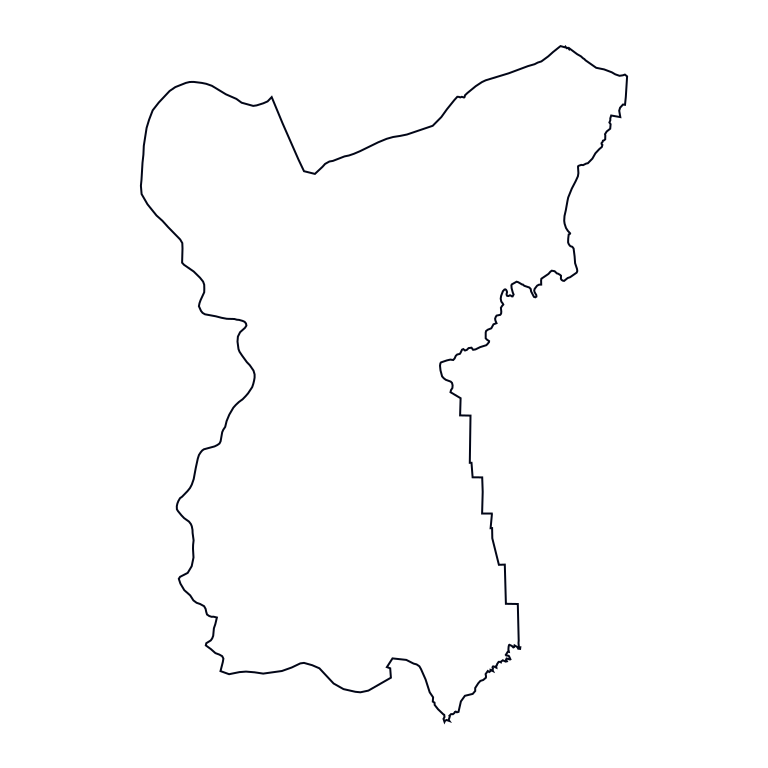 outline of Ixhuatlán del Sureste, Veracruz, Mexico
{"feature_id": "50627088B30593781264169", "entity_name": "Ixhuatlán del Sureste", "entity_type": "district", "adm_level": 2, "iso_a3": "MEX", "parent_name": "Mexico", "parent_adm1": "Veracruz", "projection": "natural_earth1", "projection_center": [-94.38, 17.981], "detail": "fine", "context": "isolated", "style": "outline", "palette": "ink", "viewbox_px": 768, "rotation_deg": 0, "n_neighbors": 0, "source": "geoboundaries", "source_scale": "gbopen_adm2", "svg_char_len": 6076}
<svg xmlns="http://www.w3.org/2000/svg" viewBox="0 0 768 768"><path d="M537.7,62.6L534.6,64.2L528.0,66.1L508.7,73.3L485.7,80.3L481.9,82.1L475.7,86.2L467.4,93.0L465.0,95.3L464.6,97.0L464.0,97.5L461.8,96.8L460.2,97.4L459.0,96.9L457.3,96.8L454.3,100.1L446.9,109.3L441.3,117.1L432.7,125.8L407.0,134.5L400.2,135.9L393.1,137.0L386.7,138.8L378.2,142.3L360.0,151.2L353.9,153.8L348.9,155.5L344.5,156.4L332.9,160.9L329.4,161.5L325.1,163.9L322.5,166.8L314.9,173.9L304.0,171.2L298.5,159.6L282.6,123.4L271.7,97.1L267.6,101.4L263.3,103.3L256.6,105.4L253.2,105.9L241.6,102.7L236.4,98.9L225.9,94.3L211.9,85.8L206.2,83.8L201.7,82.9L193.6,81.9L189.7,82.0L185.9,82.9L175.3,87.1L169.6,91.0L158.8,102.5L152.7,110.3L149.1,119.7L146.6,127.9L143.8,145.8L143.4,154.7L142.5,162.8L141.5,179.7L140.9,185.8L141.6,194.1L147.5,204.3L156.5,215.5L162.5,220.9L168.0,227.0L180.2,239.5L182.3,243.1L182.5,248.4L182.1,262.7L184.0,264.8L193.7,271.5L200.0,277.7L203.1,281.6L204.2,284.7L204.3,288.8L204.2,292.3L200.6,300.1L199.5,303.2L198.9,306.2L201.0,310.9L202.6,312.9L205.0,314.3L215.8,316.3L221.6,317.8L226.9,318.8L234.4,319.0L236.8,319.7L239.1,319.9L242.6,320.9L244.6,321.8L246.0,323.5L246.4,325.6L245.0,327.8L240.1,332.2L237.9,336.6L237.5,341.6L238.5,349.1L239.5,351.7L242.1,355.6L246.9,362.2L249.8,365.2L253.5,370.6L254.6,374.4L254.6,377.6L254.1,380.5L253.3,383.8L252.2,387.1L248.1,393.3L245.6,396.2L242.7,399.2L238.9,402.0L235.9,404.8L233.4,407.6L229.3,414.6L226.6,421.1L225.2,426.9L223.3,429.7L222.2,432.2L220.6,441.3L219.5,443.5L217.4,445.0L214.6,446.4L203.9,449.3L202.2,450.5L200.7,452.3L199.0,454.9L197.8,458.6L195.8,467.8L193.7,479.1L191.8,484.6L190.0,488.0L187.6,491.0L182.1,496.7L180.0,498.2L178.4,501.0L177.4,503.5L176.8,506.2L176.9,509.3L178.0,511.1L181.5,515.4L184.2,518.2L189.0,521.6L190.9,524.1L191.8,526.3L192.5,529.9L192.6,532.9L193.6,540.4L193.1,544.9L193.0,548.7L193.5,557.5L191.7,566.2L187.7,572.9L180.1,576.8L178.8,578.8L180.4,583.6L184.3,590.2L190.2,595.4L193.4,600.4L196.6,602.8L200.1,604.0L204.1,606.2L205.6,608.9L206.2,611.8L207.0,614.5L209.2,616.0L211.6,616.8L213.5,616.7L216.9,617.5L215.3,624.2L213.9,628.3L213.2,635.8L212.2,638.4L210.8,640.4L206.3,643.2L205.8,645.4L211.0,649.2L215.4,653.1L219.4,654.6L222.2,656.2L223.4,658.6L222.8,662.1L220.5,671.1L229.1,674.2L239.5,672.1L246.0,671.6L254.5,672.3L263.2,673.6L281.9,671.0L291.7,667.5L300.3,663.4L304.0,662.9L312.2,665.2L319.4,668.3L333.6,683.5L343.5,689.1L355.4,691.8L360.4,692.3L368.4,690.6L390.9,677.7L390.2,668.3L386.9,667.1L392.5,658.4L406.3,659.9L413.6,663.6L416.6,664.4L419.4,666.3L421.0,669.1L425.6,679.5L429.7,692.3L433.1,697.3L432.8,701.6L434.5,702.6L434.7,705.0L438.0,709.2L443.3,714.3L444.2,714.8L444.5,717.0L443.5,718.9L444.5,721.9L445.1,720.7L446.6,720.0L449.4,721.0L448.7,720.0L449.8,716.4L449.4,715.8L451.1,714.1L452.9,714.2L454.4,713.0L454.9,712.0L455.8,711.6L456.9,712.3L458.5,711.9L460.9,701.4L464.9,695.8L472.7,693.9L475.2,691.0L475.2,688.0L478.3,683.2L480.4,680.9L483.2,680.0L485.9,677.7L486.0,676.2L485.6,674.1L487.8,671.0L489.2,672.0L490.4,671.2L490.5,669.9L493.0,671.1L492.3,669.6L493.0,668.8L492.5,667.3L492.9,666.5L493.7,666.4L496.4,667.7L496.2,665.8L497.0,664.9L497.1,664.1L498.6,661.9L500.3,661.9L500.9,662.3L501.1,661.6L502.8,660.3L505.7,661.6L506.9,661.3L506.0,659.7L506.6,658.5L510.0,659.5L510.4,659.3L509.0,656.2L508.2,655.7L506.3,655.5L505.8,654.9L507.8,651.7L508.9,651.9L508.4,649.5L508.6,646.8L509.0,645.1L509.4,644.8L511.8,645.9L513.3,647.4L514.0,647.1L514.5,645.4L517.4,647.1L518.2,648.7L520.1,648.9L520.3,647.3L518.9,647.4L518.5,642.9L518.7,640.7L517.8,604.0L505.9,603.8L504.8,564.6L498.9,564.8L492.3,538.3L492.1,528.1L490.6,528.2L491.9,514.4L491.8,513.5L482.1,513.5L482.7,491.9L482.2,477.4L472.6,477.3L471.5,462.8L469.8,462.8L470.5,415.6L460.1,415.4L460.6,398.2L450.5,392.2L451.0,390.1L452.4,388.0L452.6,385.3L452.0,382.9L450.7,381.6L445.8,379.8L443.8,378.3L442.1,376.4L440.5,370.4L440.0,365.7L440.4,363.3L441.0,362.4L446.9,360.4L450.3,359.6L453.2,360.0L454.6,358.5L455.8,355.8L457.2,354.5L459.8,353.9L460.6,352.7L462.0,349.7L463.3,349.1L465.0,350.5L466.8,349.9L468.6,348.1L471.5,347.7L473.1,349.8L475.5,349.4L480.2,347.1L486.3,345.2L487.5,344.0L489.0,342.1L489.1,341.1L487.0,339.7L485.7,338.3L485.7,332.5L486.1,331.0L487.8,329.7L491.3,328.3L493.5,324.3L496.5,323.2L495.4,320.5L495.1,318.7L495.8,316.8L496.6,315.6L500.3,314.8L501.1,313.6L501.3,311.7L500.9,307.8L502.1,305.9L503.3,304.6L502.7,303.4L501.3,301.6L500.7,298.7L501.1,296.0L502.9,291.2L504.5,289.5L505.5,289.4L506.2,290.0L506.9,291.4L507.0,292.5L506.6,293.8L506.6,294.8L507.2,295.9L508.6,296.0L509.8,295.3L510.5,295.4L511.9,296.4L512.6,296.4L513.6,294.5L512.8,292.6L511.6,288.2L511.4,285.4L511.8,284.4L516.6,281.7L518.2,282.2L522.1,284.5L522.8,284.5L524.3,285.8L529.3,287.5L530.7,289.0L531.1,291.4L533.9,296.8L535.3,297.3L536.4,296.6L536.3,295.1L534.6,292.2L534.2,290.5L534.7,288.8L537.1,285.7L538.9,284.7L541.2,284.6L541.1,280.4L541.4,278.7L548.5,273.9L550.3,271.8L551.7,270.7L554.6,271.2L556.9,273.4L557.9,273.6L560.0,274.8L561.0,275.7L560.9,278.8L561.7,280.0L562.9,280.7L564.1,280.9L567.7,278.0L570.1,277.2L576.7,272.6L577.3,271.0L577.0,268.9L575.1,263.2L574.6,256.4L573.6,248.5L572.3,246.8L570.5,246.2L569.7,245.5L568.6,243.8L568.1,242.4L568.2,238.8L568.7,234.5L569.7,234.1L570.1,233.3L567.8,230.8L566.0,228.0L564.6,223.7L564.2,220.8L564.5,216.0L565.8,210.3L567.5,200.8L568.2,197.5L571.8,188.6L575.7,181.1L577.9,176.3L578.4,173.1L578.0,166.7L578.4,165.9L581.2,164.9L583.1,165.1L586.1,163.6L587.9,163.2L592.4,158.6L595.4,153.3L599.3,149.1L601.8,147.0L602.4,144.9L601.7,144.2L601.5,143.2L602.7,141.7L602.9,140.7L604.1,140.3L605.2,139.3L605.3,135.4L605.0,134.2L606.7,131.5L610.2,128.7L610.6,124.2L609.4,122.5L610.3,120.3L610.3,118.3L611.2,115.5L620.3,117.1L619.2,110.7L620.1,107.7L623.0,104.5L625.0,104.8L625.8,97.1L627.1,76.4L624.9,74.6L622.9,75.3L619.5,75.8L615.2,74.3L611.8,72.3L604.1,69.4L596.2,67.8L585.5,60.3L584.3,59.0L583.2,58.4L580.9,56.3L577.2,54.2L569.4,48.4L569.1,49.2L567.9,47.8L566.7,48.2L565.4,46.6L564.9,47.3L560.5,46.1L553.1,52.0L548.2,56.4L541.4,61.4L537.7,62.6Z" fill="none" stroke="#020617" stroke-width="2"/></svg>